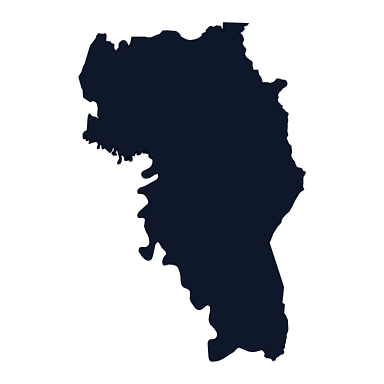 outline of Daule, Guayas, Ecuador
{"feature_id": "8360857B15995512724159", "entity_name": "Daule", "entity_type": "district", "adm_level": 2, "iso_a3": "ECU", "parent_name": "Ecuador", "parent_adm1": "Guayas", "projection": "natural_earth1", "projection_center": [-79.945, -1.92], "detail": "fine", "context": "isolated", "style": "filled", "palette": "ink", "viewbox_px": 384, "rotation_deg": 0, "n_neighbors": 0, "source": "geoboundaries", "source_scale": "gbopen_adm2", "svg_char_len": 5921}
<svg xmlns="http://www.w3.org/2000/svg" viewBox="0 0 384 384"><path d="M247.7,23.8L223.7,23.0L223.4,31.1L221.1,28.6L220.6,27.0L219.9,26.3L218.4,26.7L216.8,26.0L214.3,27.4L212.7,27.4L211.0,26.7L209.9,26.9L206.3,30.6L206.8,31.9L206.5,32.6L204.1,33.2L202.3,34.4L202.5,35.4L201.7,36.6L198.4,38.8L196.0,39.8L190.5,40.9L186.6,40.2L182.0,38.0L181.1,37.2L180.5,37.1L179.8,36.6L179.9,35.4L179.1,34.3L176.7,32.2L175.2,31.7L166.2,31.0L164.4,31.4L163.1,31.1L160.8,33.7L160.7,34.4L157.8,35.2L151.2,38.0L147.9,38.2L144.9,37.4L132.1,37.4L130.9,43.4L129.5,45.8L128.4,46.2L127.6,45.8L126.7,43.0L125.2,41.3L123.8,40.8L122.2,41.1L119.8,43.2L119.3,45.1L119.3,47.9L118.4,49.0L117.3,49.6L117.6,50.5L116.6,51.2L115.4,51.2L114.3,49.9L113.4,47.6L113.7,45.0L113.3,44.4L111.1,43.8L110.9,43.3L110.1,43.0L110.0,42.0L108.5,42.1L107.1,41.7L106.1,42.2L105.6,41.7L105.4,39.4L105.9,37.1L105.6,36.3L105.9,35.1L105.2,34.1L104.4,34.0L103.3,34.9L102.3,34.4L101.4,34.6L98.6,33.9L97.9,35.3L96.8,36.2L97.2,37.7L96.6,38.1L91.6,44.9L90.9,45.3L85.2,64.3L83.7,66.9L82.0,72.3L79.1,77.0L82.1,87.5L83.4,89.8L83.8,97.0L90.5,101.6L92.5,100.1L95.3,101.3L96.2,101.4L97.5,103.5L98.0,106.2L98.6,107.0L97.9,115.1L98.4,116.3L100.2,118.8L99.1,119.6L96.3,117.9L91.8,116.7L89.4,114.3L88.7,115.9L88.2,119.2L87.6,129.5L87.1,130.7L86.0,131.6L84.6,132.1L83.9,133.6L83.4,133.9L83.3,136.7L83.7,138.3L84.7,138.4L86.0,137.4L86.3,137.5L86.3,139.9L86.7,140.4L89.5,139.6L90.0,140.2L90.0,141.0L89.4,143.0L90.5,142.9L92.1,142.0L93.9,141.8L95.3,141.2L96.8,141.3L98.1,142.6L98.8,144.3L97.6,147.5L97.7,148.3L98.8,148.3L99.4,145.4L100.0,144.2L101.3,144.0L102.0,144.4L102.3,148.2L102.8,148.6L104.2,147.8L105.3,147.8L109.6,152.1L110.3,151.9L111.6,150.4L111.8,148.6L112.8,146.8L113.6,146.7L114.1,147.4L114.5,150.5L113.8,151.9L112.5,152.6L112.2,153.5L113.5,154.9L116.3,154.8L116.1,154.1L114.5,153.4L114.1,152.6L115.5,151.9L115.5,151.0L116.3,149.8L117.6,149.0L118.0,149.4L118.1,151.2L120.0,158.2L118.9,160.8L117.9,162.2L118.2,163.8L120.1,163.0L121.0,160.9L121.0,157.4L120.0,155.8L120.5,155.0L123.3,155.1L124.8,157.4L124.9,159.9L126.4,160.4L127.3,159.9L127.1,158.4L127.7,157.3L127.7,156.4L129.2,155.6L130.0,157.1L128.7,157.6L128.7,159.3L129.3,158.8L129.8,160.7L130.9,160.9L131.4,160.7L132.0,160.0L131.9,158.0L131.3,156.1L132.9,154.9L134.2,155.5L134.7,153.5L135.4,153.2L137.1,151.5L137.8,151.6L137.3,154.5L137.8,154.7L140.0,154.1L141.7,151.8L143.4,151.7L143.5,152.9L144.7,152.9L145.1,152.5L145.3,151.4L146.5,153.1L148.3,153.2L148.7,153.5L149.4,154.8L149.0,156.1L150.1,157.6L151.6,158.5L152.9,158.5L153.2,160.2L153.1,163.4L151.8,166.4L150.1,168.2L142.9,172.0L142.0,173.6L141.9,174.7L143.2,177.1L144.4,177.7L147.0,177.9L149.9,177.0L155.0,173.7L157.1,173.3L158.0,173.5L158.6,174.2L159.0,176.1L158.8,177.7L157.3,179.8L155.9,180.8L144.5,187.0L140.7,188.1L138.9,189.3L138.1,190.6L138.0,191.9L138.4,193.0L143.6,193.6L145.5,195.1L146.8,196.6L149.0,200.9L148.9,203.1L148.2,204.3L139.2,212.5L138.1,214.7L138.0,215.7L138.2,216.4L139.0,217.3L143.2,217.0L145.1,218.1L145.6,219.3L145.6,220.7L144.8,226.5L146.7,231.8L148.2,234.2L149.3,237.1L150.2,242.2L149.5,245.0L147.7,246.9L145.7,247.9L141.7,247.6L140.0,248.2L139.4,249.6L139.3,251.2L142.5,256.1L145.1,258.6L147.2,259.7L148.7,260.1L150.1,259.5L151.0,258.8L152.1,256.2L154.7,244.6L155.3,243.4L156.9,241.6L158.2,241.3L159.0,241.9L159.7,242.6L162.6,247.6L166.1,251.1L167.0,253.3L166.7,254.8L164.8,256.8L163.5,259.2L163.0,261.4L163.2,263.8L163.9,264.8L164.6,264.8L168.6,263.8L172.8,264.1L175.6,264.8L177.8,266.3L179.1,268.4L180.4,272.3L181.2,276.4L181.4,280.9L182.1,284.5L183.6,286.6L188.7,288.8L190.3,290.4L190.8,292.2L190.5,299.2L191.6,301.8L194.9,306.5L196.6,308.4L198.5,309.3L199.8,309.4L202.3,308.2L206.2,304.9L208.3,304.6L210.1,305.7L210.8,307.1L210.9,311.2L209.7,316.2L209.4,320.0L210.6,323.7L215.0,328.4L217.4,332.0L217.8,333.6L217.8,335.6L217.2,337.3L216.2,338.6L214.9,339.5L210.3,340.2L209.3,340.7L208.6,341.9L208.4,343.8L209.2,356.8L210.0,359.8L211.6,361.0L217.5,360.4L222.3,358.4L233.5,351.3L236.3,348.2L238.4,346.9L239.4,346.9L247.6,350.4L250.3,351.1L253.3,351.3L255.5,351.0L261.5,349.4L262.6,349.8L263.7,350.6L265.3,353.1L265.5,353.9L264.9,356.0L266.9,357.5L268.8,357.5L269.9,358.0L271.1,357.8L273.2,360.5L274.0,359.8L275.1,359.6L274.9,358.5L275.3,357.5L276.3,357.3L277.3,356.2L278.4,356.0L279.3,354.5L280.0,354.6L281.0,353.7L282.7,353.7L283.5,352.4L283.4,351.1L282.5,350.4L282.6,349.6L283.3,348.3L284.2,347.5L284.2,344.5L285.0,342.8L285.3,341.0L285.1,339.7L286.0,338.5L285.9,334.7L287.4,330.8L287.6,328.8L287.1,320.0L285.0,315.4L283.5,313.4L284.1,304.8L281.6,303.1L283.3,287.2L268.7,242.1L269.7,241.0L272.7,233.2L277.1,226.2L280.7,222.3L281.1,219.8L282.2,217.7L285.8,213.6L288.9,211.0L291.9,205.7L294.5,200.1L298.9,192.9L300.8,191.1L303.4,189.4L302.3,187.0L302.6,183.4L302.6,177.2L304.8,173.6L304.9,172.0L302.8,171.6L301.5,169.0L301.0,168.6L297.3,168.0L296.1,166.9L295.0,164.6L294.2,161.9L291.9,159.1L290.7,156.7L290.5,155.4L291.3,152.1L290.7,146.2L288.5,144.2L285.9,138.4L286.1,137.0L287.3,135.6L287.5,134.8L286.6,131.3L287.0,126.8L286.9,123.6L287.5,120.6L286.9,116.7L287.8,114.4L287.7,113.4L285.0,111.7L283.9,109.9L282.1,109.1L281.6,107.5L282.0,106.1L280.4,105.3L279.6,104.0L278.6,103.5L278.1,102.4L277.1,101.4L277.3,98.7L278.0,97.1L277.4,95.9L277.3,94.9L277.9,93.4L279.0,91.5L280.6,90.3L282.2,88.1L285.9,85.7L286.8,83.9L286.4,82.3L285.9,81.4L284.7,80.6L281.2,80.2L279.9,79.5L278.2,79.2L276.8,79.4L274.6,82.1L272.1,83.1L269.6,83.8L267.8,83.0L264.3,82.9L262.8,83.4L261.4,81.2L260.6,77.7L259.1,75.9L258.6,74.9L257.8,72.3L257.6,70.4L254.2,70.5L252.6,69.9L252.4,67.8L251.8,66.1L252.0,62.8L250.9,61.2L249.3,60.6L247.6,58.8L246.0,58.2L245.3,56.0L244.1,54.9L244.9,51.7L245.5,50.8L245.5,49.8L244.9,48.1L243.9,47.9L243.6,46.8L242.1,44.7L241.9,43.0L243.2,40.3L243.2,38.7L241.7,35.2L239.9,33.8L239.6,32.9L240.6,31.8L241.6,31.5L243.9,29.2L244.0,28.6L242.9,27.4L243.0,26.6L245.2,25.3L246.8,25.0L247.7,23.8Z" fill="#0f172a" stroke="#020617" stroke-width="1.5"/></svg>